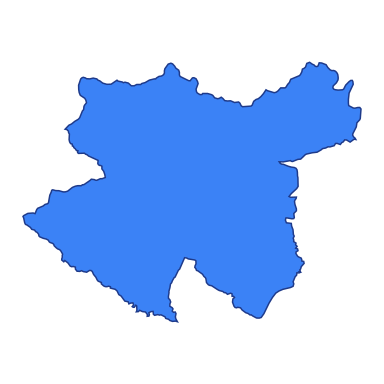 outline of Quirinópolis, Goiás, Brazil
{"feature_id": "56859067B31652002665085", "entity_name": "Quirinópolis", "entity_type": "district", "adm_level": 2, "iso_a3": "BRA", "parent_name": "Brazil", "parent_adm1": "Goiás", "projection": "mercator", "projection_center": [-50.519, -18.453], "detail": "fine", "context": "isolated", "style": "filled", "palette": "blue", "viewbox_px": 384, "rotation_deg": 0, "n_neighbors": 0, "source": "geoboundaries", "source_scale": "gbopen_adm2", "svg_char_len": 5871}
<svg xmlns="http://www.w3.org/2000/svg" viewBox="0 0 384 384"><path d="M293.1,286.3L293.8,283.9L293.1,281.8L295.1,276.8L296.6,275.2L296.9,272.8L299.1,272.9L300.5,272.3L299.2,271.6L300.3,271.1L299.8,269.9L300.6,269.0L301.3,266.6L304.1,263.4L303.7,261.4L301.9,261.1L301.7,259.4L301.2,258.1L298.5,256.9L297.5,256.1L295.9,253.4L296.1,251.9L298.0,250.7L297.6,248.9L295.7,248.2L297.1,246.3L295.6,244.8L296.0,243.1L293.7,241.6L293.8,240.1L293.2,238.2L294.2,236.1L293.4,234.5L293.0,229.7L291.6,226.0L291.3,223.4L286.4,222.8L285.4,220.1L285.9,218.0L287.0,217.9L291.9,218.8L293.7,218.6L294.3,217.6L293.8,213.5L296.4,210.8L296.4,208.9L294.9,204.2L294.5,201.4L294.9,200.2L296.1,198.5L296.4,197.1L290.6,197.3L289.0,196.5L291.2,193.7L296.7,188.6L298.1,186.4L297.9,177.6L297.5,175.9L297.4,172.2L297.0,169.8L296.0,168.3L294.3,167.5L291.3,167.1L288.1,166.2L283.4,164.3L281.5,164.1L280.1,163.2L279.2,161.8L283.2,161.9L290.4,160.6L291.3,161.3L292.6,161.5L297.8,159.4L300.7,159.1L305.4,154.6L306.4,154.1L312.1,152.8L317.1,152.2L321.1,149.9L322.6,148.6L325.7,148.0L328.0,146.8L330.0,146.9L334.2,145.7L335.5,143.5L337.1,143.4L340.3,144.5L341.8,142.6L343.4,141.8L344.6,139.9L346.6,140.0L350.1,142.1L354.1,139.2L355.8,139.5L355.0,138.1L353.7,137.0L352.7,135.3L352.8,133.8L356.3,126.9L356.9,122.8L359.8,119.7L360.3,118.4L361.0,109.0L359.8,107.5L357.8,107.5L354.8,108.2L353.3,108.0L348.7,105.6L348.4,103.2L348.4,99.5L349.1,93.1L353.2,84.3L352.9,81.7L352.3,80.4L350.8,80.4L349.1,81.6L345.7,85.1L343.6,89.2L342.4,89.8L338.1,90.1L335.2,89.7L333.7,89.1L332.9,87.8L333.2,85.9L336.4,82.8L338.0,79.9L338.2,78.0L338.0,76.0L337.7,74.3L336.7,72.5L335.4,71.2L333.7,70.5L331.8,70.6L330.2,69.9L327.8,67.5L326.1,64.7L321.7,63.0L319.2,62.8L318.0,66.0L316.9,66.6L315.3,66.3L314.0,64.9L312.5,64.3L309.6,62.3L306.8,63.4L305.5,67.1L304.1,68.3L302.4,69.1L301.8,71.9L300.5,74.4L299.5,75.6L290.7,79.3L289.4,82.5L287.8,84.2L285.9,87.2L285.0,87.9L280.7,87.9L277.9,91.0L276.2,92.2L274.2,92.7L267.5,90.7L266.0,89.8L263.4,93.7L260.9,96.6L258.3,98.7L256.0,99.5L253.7,101.3L252.2,105.1L251.0,106.1L242.6,106.7L241.2,105.8L239.9,103.1L238.6,102.0L234.5,102.5L230.6,100.8L227.5,101.0L224.7,100.6L222.9,98.5L221.2,97.2L219.2,98.4L217.5,98.7L214.6,97.8L212.9,95.5L211.7,94.7L207.6,93.5L202.7,93.5L201.9,94.5L200.0,94.6L198.1,93.5L197.0,92.7L196.4,91.3L196.1,89.1L198.1,83.6L197.5,81.4L196.0,78.7L193.9,77.7L192.4,77.9L190.1,80.8L188.5,80.6L180.2,76.5L179.4,75.0L179.4,72.3L178.7,70.2L175.8,68.1L174.7,66.2L172.6,63.9L170.9,63.2L168.2,64.1L164.9,68.7L164.4,70.7L164.4,73.1L163.6,74.6L162.3,75.6L161.2,76.1L159.0,76.4L156.4,78.0L155.7,78.9L154.3,78.9L149.4,80.1L145.1,82.6L141.8,83.5L140.7,84.5L136.7,84.5L134.2,85.8L131.3,85.8L128.4,83.1L125.0,82.2L123.3,82.7L122.3,82.0L118.0,81.1L117.0,80.2L111.1,84.2L106.8,84.3L102.7,83.1L99.7,80.8L98.2,80.3L96.8,78.9L93.2,78.1L89.7,78.9L86.6,78.7L85.3,77.9L83.2,77.3L81.8,77.9L80.7,79.0L78.6,85.2L78.7,89.4L79.2,92.6L80.3,95.3L84.8,98.3L85.9,100.3L86.5,102.8L84.6,105.1L84.0,106.3L83.6,109.6L82.4,111.0L79.7,117.7L78.4,119.2L74.7,121.4L71.5,124.0L68.9,125.2L65.1,129.2L66.9,129.6L68.4,131.1L68.6,132.7L69.4,134.0L69.1,139.7L69.6,141.9L70.6,143.6L72.2,144.1L72.4,146.0L73.4,146.3L73.9,147.7L75.2,148.7L76.5,150.6L77.9,150.7L77.6,152.5L78.4,153.4L84.4,153.2L85.6,154.2L87.2,154.8L88.5,156.0L98.1,160.4L97.8,163.5L98.4,164.7L99.5,165.4L100.6,165.5L101.9,166.2L101.9,168.9L103.7,171.3L104.8,174.6L105.3,177.5L102.1,178.7L100.3,178.7L96.8,180.3L95.5,180.2L94.4,179.6L91.3,179.2L90.1,180.4L84.0,184.6L82.4,184.8L81.2,185.7L77.7,185.7L75.3,186.2L72.4,187.4L67.6,191.2L65.1,191.9L63.2,191.9L58.9,190.7L55.7,190.6L52.7,189.8L51.7,190.3L51.3,191.9L49.8,195.2L48.5,202.6L47.7,203.7L45.1,204.4L43.1,206.0L37.7,208.3L36.7,209.6L35.1,213.6L33.1,213.0L27.8,213.4L23.9,215.5L23.0,216.4L23.7,218.1L24.7,222.8L25.5,224.4L26.8,224.9L30.4,227.4L31.7,229.3L34.6,230.1L35.6,231.6L37.0,232.3L38.0,233.4L38.7,234.5L38.9,235.9L39.7,236.8L43.2,238.3L46.4,239.1L48.3,240.2L49.2,241.8L50.1,242.5L52.7,243.4L53.8,244.5L54.1,245.7L56.1,247.7L57.6,248.9L59.7,249.7L60.8,250.9L62.6,254.1L62.2,255.8L62.3,257.2L61.8,258.7L61.7,260.0L63.8,261.8L64.8,260.5L67.9,262.9L70.2,266.1L71.6,266.7L73.3,266.5L75.4,267.1L75.4,269.1L77.0,271.2L79.8,271.4L81.5,270.7L83.4,271.6L86.7,272.2L89.4,270.5L91.0,270.5L92.2,271.4L93.6,274.5L95.9,277.3L97.2,280.0L98.2,281.2L101.4,282.5L101.3,283.8L103.6,285.9L105.2,286.6L106.9,286.7L108.6,286.2L110.4,286.7L110.4,288.1L115.2,289.3L117.1,291.0L118.8,294.6L121.1,296.0L124.8,301.1L128.2,301.8L128.9,303.9L130.7,303.1L132.9,302.9L133.6,304.9L132.2,306.6L133.2,307.3L134.4,307.2L135.8,305.2L136.7,305.9L136.9,310.4L136.3,311.8L138.4,311.6L139.7,310.3L142.4,311.6L145.5,312.0L147.4,314.6L147.2,316.3L148.9,316.1L149.4,314.8L148.9,312.7L151.0,311.6L153.1,311.4L153.4,314.3L154.6,315.3L157.7,314.6L159.5,315.1L161.0,314.8L165.0,316.8L165.7,318.4L168.6,319.3L169.9,320.5L172.5,321.4L175.4,321.1L177.4,321.7L175.8,318.8L175.4,316.8L176.0,313.6L175.2,312.0L173.5,312.3L172.2,311.1L173.0,308.9L172.2,307.7L169.8,306.2L169.9,303.8L170.7,302.0L169.8,299.6L168.5,298.4L168.4,296.4L169.0,292.7L168.9,291.4L169.9,287.7L170.5,284.0L171.6,282.8L172.4,280.7L174.1,277.7L175.1,277.1L178.4,270.2L179.6,269.2L184.6,257.7L186.7,258.0L188.2,258.9L194.8,260.0L195.9,260.8L196.0,263.8L195.1,265.7L194.8,267.4L195.8,268.6L196.5,270.4L197.8,270.8L202.5,274.2L203.9,276.4L205.4,277.7L205.9,278.8L206.5,282.6L208.3,284.7L209.4,285.3L211.6,285.7L217.4,289.5L219.2,290.5L222.9,291.5L224.1,292.6L225.6,292.7L227.5,294.3L230.6,293.2L232.0,293.8L232.1,296.3L233.5,296.3L234.5,297.5L232.9,298.9L232.5,302.1L234.0,306.2L235.1,307.5L236.7,307.8L237.7,307.3L240.5,307.8L242.0,309.9L245.7,312.7L248.1,313.5L250.1,315.0L251.2,314.8L252.6,315.9L256.5,318.0L259.2,318.1L261.2,317.5L263.9,313.7L269.0,303.2L272.5,297.4L275.8,293.1L279.0,291.0L283.0,289.3L290.6,287.5L293.1,286.3Z" fill="#3b82f6" stroke="#1e3a8a" stroke-width="1.5"/></svg>